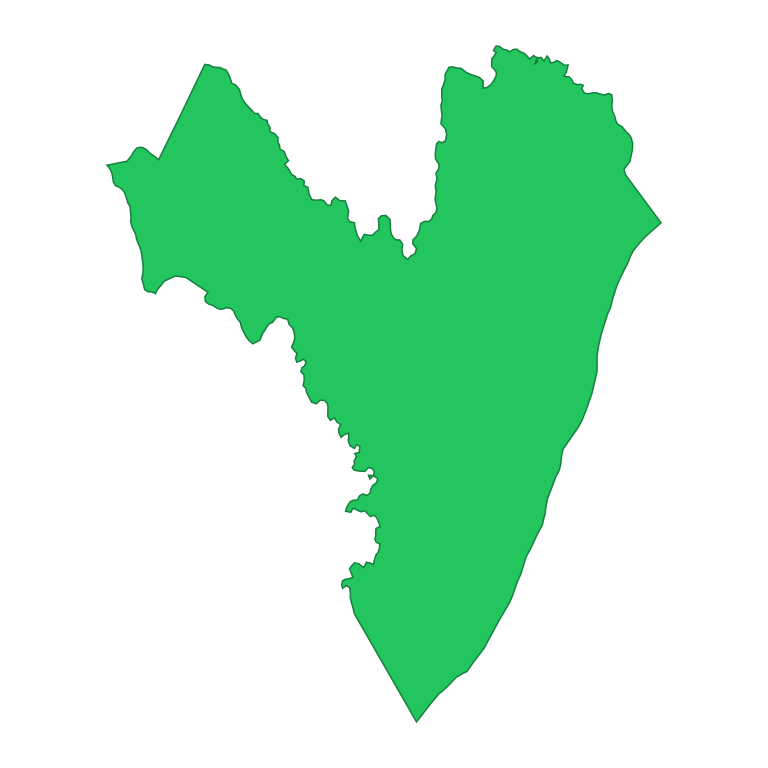 the district of Itaubal, Amapá, Brazil
{"feature_id": "56859067B9451495458128", "entity_name": "Itaubal", "entity_type": "district", "adm_level": 2, "iso_a3": "BRA", "parent_name": "Brazil", "parent_adm1": "Amapá", "projection": "natural_earth1", "projection_center": [-50.683, 0.49], "detail": "fine", "context": "isolated", "style": "filled", "palette": "green", "viewbox_px": 768, "rotation_deg": 0, "n_neighbors": 0, "source": "geoboundaries", "source_scale": "gbopen_adm2", "svg_char_len": 5578}
<svg xmlns="http://www.w3.org/2000/svg" viewBox="0 0 768 768"><path d="M463.5,673.0L466.9,671.6L473.1,662.7L484.2,648.0L498.2,622.0L508.8,604.0L512.0,597.0L517.7,580.8L520.9,573.9L526.2,556.8L530.9,548.1L537.0,534.9L542.4,524.8L543.6,519.3L545.2,513.3L545.8,507.7L547.4,499.0L556.0,476.4L559.2,470.4L560.6,464.9L561.6,456.0L562.9,449.4L578.2,427.3L581.8,420.8L586.5,409.0L591.9,393.6L597.0,371.7L597.1,355.6L598.6,345.7L601.2,334.2L607.7,313.7L610.5,307.7L612.9,298.1L616.8,285.8L619.8,278.8L628.4,261.7L630.2,256.7L633.2,250.9L638.5,244.2L645.0,237.0L661.0,222.8L625.5,174.8L624.0,169.3L630.0,161.4L630.7,157.8L632.3,150.3L632.7,143.3L631.2,138.0L629.5,134.9L626.0,131.6L622.2,126.9L617.6,124.1L616.0,121.2L614.6,115.9L612.4,110.9L611.8,106.0L612.4,100.3L611.6,94.7L608.4,93.5L604.8,95.0L600.7,94.3L596.7,92.8L592.4,92.8L588.0,94.0L584.4,93.0L581.6,88.7L583.3,85.4L580.3,84.3L576.9,84.6L573.5,83.2L572.0,80.0L569.3,76.9L564.0,76.4L566.5,71.6L568.1,64.9L564.4,65.4L560.5,62.5L557.0,60.5L553.4,62.5L550.2,62.7L549.4,58.9L547.1,56.0L544.0,61.1L541.1,57.4L537.0,58.1L533.6,55.5L529.5,59.1L527.4,56.4L524.4,53.4L519.5,51.4L516.9,49.2L513.2,49.5L509.9,51.9L507.2,50.2L502.9,49.2L499.5,46.4L496.0,46.1L493.5,50.4L496.2,52.6L493.8,56.2L491.8,58.9L491.7,62.7L491.7,66.6L494.2,69.2L496.2,72.1L496.2,75.7L493.7,80.7L490.8,84.6L486.6,87.7L483.1,88.0L483.2,81.0L479.3,77.4L475.4,76.0L470.8,74.5L466.3,72.4L463.7,70.4L461.1,68.3L456.5,68.0L452.3,66.8L448.9,67.3L447.1,70.7L445.1,74.3L445.1,79.4L443.6,84.3L441.7,89.2L441.8,93.5L441.8,97.3L442.3,101.0L440.9,105.3L441.4,110.9L442.2,115.4L441.4,119.0L441.0,123.9L445.3,128.6L446.7,134.4L445.4,140.7L442.2,142.9L438.9,141.4L436.6,143.8L435.8,148.9L435.3,153.7L435.5,158.7L437.1,161.6L439.1,164.3L438.8,168.4L436.0,173.4L437.0,178.5L436.2,181.9L435.3,185.7L436.1,191.7L435.5,195.8L435.1,199.9L436.1,204.2L437.0,208.5L435.8,212.7L432.9,215.5L431.6,219.1L428.8,221.5L424.9,221.3L420.7,223.4L419.4,230.0L416.9,235.8L413.0,239.8L412.8,243.9L416.5,248.5L415.0,253.8L411.1,255.7L407.3,259.4L402.9,255.3L401.9,249.2L402.7,244.4L399.8,240.0L396.1,239.8L393.4,237.9L391.0,233.1L390.4,228.3L390.4,224.5L389.9,219.4L385.9,215.5L381.4,215.8L378.4,218.7L378.8,224.2L379.0,229.5L375.2,232.4L372.6,235.3L368.3,235.1L364.3,234.3L362.4,237.9L360.7,241.3L357.3,235.3L355.3,228.7L354.4,222.8L349.6,221.5L347.5,218.2L348.2,214.8L348.6,211.0L347.0,205.9L345.2,200.8L340.0,200.8L335.3,197.2L332.0,200.6L330.9,205.2L327.3,205.2L324.0,200.8L320.6,199.7L317.1,200.2L311.8,199.7L309.2,194.4L307.9,187.4L303.8,185.5L304.3,181.1L300.7,178.5L296.8,179.2L295.0,176.3L291.6,174.4L288.5,168.9L284.5,164.3L288.5,160.7L285.9,156.3L284.3,151.5L280.0,149.3L279.5,145.0L277.8,142.1L278.1,137.8L274.5,133.5L269.8,131.8L270.1,127.7L267.8,123.9L267.0,120.3L263.2,119.5L260.2,116.9L258.1,113.5L254.6,113.5L251.8,110.3L249.1,107.5L246.8,105.1L244.7,102.6L242.6,99.5L240.9,95.0L239.5,89.6L235.5,84.9L231.9,83.4L230.5,79.1L228.7,74.5L225.9,69.9L222.7,69.0L220.0,67.5L217.0,67.5L212.6,66.8L209.6,65.1L204.8,64.4L180.7,114.7L158.6,159.7L154.7,156.5L150.5,153.7L146.7,149.9L143.2,147.7L139.8,147.2L136.4,148.4L133.6,151.8L131.3,155.9L129.2,158.5L127.0,161.2L107.0,165.2L110.1,169.1L111.9,173.2L112.7,177.3L113.4,182.1L115.5,185.7L118.6,186.9L122.1,189.3L124.7,192.9L126.4,198.0L128.0,203.3L130.0,206.4L130.6,212.1L131.0,217.4L130.6,221.8L131.8,226.4L133.8,230.7L135.9,235.1L136.4,238.7L138.0,242.8L139.6,246.6L141.1,251.1L141.9,256.0L142.7,261.5L143.2,268.3L143.0,273.0L141.8,278.6L143.3,283.9L144.6,289.4L147.7,291.6L152.2,292.0L155.4,293.7L157.1,290.1L164.5,281.0L175.4,276.0L185.8,277.4L207.9,292.3L204.9,296.7L205.4,301.4L208.7,304.1L212.6,305.3L215.9,307.5L219.9,309.4L223.0,308.9L226.6,307.7L230.7,308.4L233.6,310.8L235.4,315.4L238.0,319.7L240.4,322.4L241.2,326.3L242.6,329.9L244.2,333.0L246.1,336.8L249.4,340.9L252.8,343.8L259.8,340.2L261.4,336.3L263.1,332.7L265.1,330.1L267.1,326.5L269.2,323.8L272.5,322.4L274.6,319.7L276.5,317.1L280.0,316.7L283.0,318.3L287.7,319.3L289.2,324.6L292.6,328.0L294.4,333.5L294.8,338.2L293.4,342.9L291.6,347.2L294.7,351.2L297.0,353.4L295.5,358.2L296.7,362.1L300.5,360.9L303.5,359.2L306.1,361.9L304.7,365.7L302.1,367.6L300.9,371.7L304.0,374.9L304.2,380.4L303.1,385.7L305.9,388.3L306.4,391.9L308.7,396.5L311.5,402.1L316.2,403.8L320.2,400.2L324.5,400.4L327.1,403.2L328.0,406.6L327.9,411.7L327.8,416.5L330.4,420.4L334.3,417.9L336.9,422.0L340.7,424.7L338.6,428.8L338.9,432.8L341.1,437.4L344.5,434.5L348.6,433.1L348.8,437.0L348.2,440.3L350.1,445.8L354.5,448.5L356.4,444.7L359.9,446.4L359.1,452.4L354.7,453.6L356.5,456.4L354.2,460.8L354.4,464.6L352.2,467.5L354.2,470.2L359.4,471.1L364.9,471.4L368.5,467.5L372.1,468.5L374.4,471.6L373.4,475.7L377.6,478.4L376.8,482.4L372.8,485.4L370.6,489.7L369.9,493.5L366.8,495.4L363.0,494.0L359.7,495.6L357.3,500.0L353.2,500.3L350.1,501.7L346.7,507.5L345.6,511.3L350.8,512.3L353.0,508.2L357.0,509.9L360.5,511.8L364.9,510.8L367.5,513.7L370.5,516.6L374.3,515.2L376.8,518.0L379.1,523.1L379.9,526.7L376.0,528.4L375.7,532.0L375.7,535.6L374.9,539.3L376.2,542.3L379.8,544.0L379.5,547.9L378.1,552.3L376.0,554.9L374.3,560.4L373.2,564.7L369.9,562.8L366.3,562.3L364.0,567.4L361.2,565.7L358.7,563.8L354.6,562.8L351.7,565.7L349.5,568.9L351.4,573.4L352.9,577.2L349.4,578.7L345.7,579.2L342.6,580.6L341.6,584.9L342.6,588.3L346.6,585.5L349.7,587.8L350.4,593.4L350.3,597.5L351.4,602.5L353.2,608.5L354.2,613.4L416.5,721.9L429.8,704.8L438.6,694.2L443.3,690.3L447.4,686.5L456.2,677.3L463.5,673.0ZM537.0,58.1L537.6,61.7L534.9,63.7L537.0,58.1ZM373.4,475.7L368.5,475.2L369.9,479.0L373.4,475.7Z" fill="#22c55e" stroke="#15803d" stroke-width="1.5"/></svg>